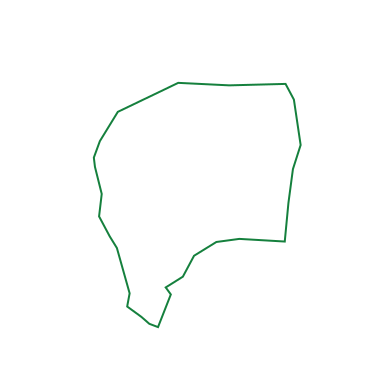 Ix xet, Dornogovi, Mongolia, rotated 205°
{"feature_id": "93677404B2530433176866", "entity_name": "Ix xet", "entity_type": "district", "adm_level": 2, "iso_a3": "MNG", "parent_name": "Mongolia", "parent_adm1": "Dornogovi", "projection": "robinson", "projection_center": [110.14, 46.159], "detail": "fine", "context": "isolated", "style": "outline", "palette": "green", "viewbox_px": 384, "rotation_deg": 205, "n_neighbors": 0, "source": "geoboundaries", "source_scale": "gbopen_adm2", "svg_char_len": 517}
<svg xmlns="http://www.w3.org/2000/svg" viewBox="0 0 384 384"><g transform="rotate(205 192 192)"><path d="M152.9,329.5L203.3,304.4L250.6,285.1L293.1,233.3L297.0,199.2L295.5,181.7L290.6,173.8L273.0,152.1L265.9,130.6L247.8,117.0L236.4,109.5L205.7,73.8L202.8,62.5L202.3,60.8L185.0,57.4L175.0,54.5L165.7,55.2L167.9,90.2L175.5,94.4L164.5,111.4L163.2,135.1L148.8,157.0L143.0,160.7L129.3,169.5L87.0,186.3L100.0,222.9L110.2,255.4L113.4,280.5L138.7,318.8L152.9,329.5Z" fill="none" stroke="#15803d" stroke-width="2"/></g></svg>